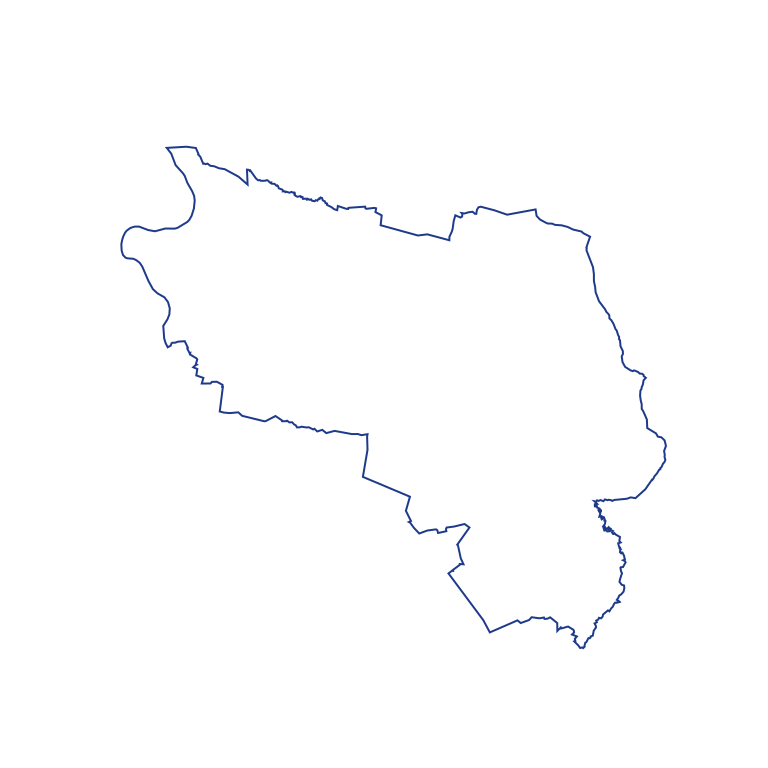 Lochem, Gelderland, Netherlands, rotated 16°
{"feature_id": "6326949B7349538907764", "entity_name": "Lochem", "entity_type": "district", "adm_level": 2, "iso_a3": "NLD", "parent_name": "Netherlands", "parent_adm1": "Gelderland", "projection": "mercator", "projection_center": [6.355, 52.172], "detail": "fine", "context": "isolated", "style": "outline", "palette": "blue", "viewbox_px": 768, "rotation_deg": 16, "n_neighbors": 0, "source": "geoboundaries", "source_scale": "gbopen_adm2", "svg_char_len": 6157}
<svg xmlns="http://www.w3.org/2000/svg" viewBox="0 0 768 768"><g transform="rotate(16 384 384)"><path d="M110.1,216.9L116.0,221.2L123.4,231.1L132.6,236.8L135.2,239.0L139.5,244.8L146.4,251.5L149.7,255.6L151.5,260.0L152.9,267.7L152.7,275.3L151.6,279.9L150.3,282.4L142.6,290.7L140.1,292.3L131.0,294.8L121.8,300.3L114.9,301.0L105.1,300.2L100.8,301.5L97.2,303.9L94.3,307.7L93.4,309.9L92.7,314.1L92.6,317.8L93.0,322.1L95.1,328.2L97.6,332.0L100.7,333.8L102.8,333.9L108.6,332.7L111.9,333.3L115.7,334.8L119.2,337.7L129.1,349.8L135.7,356.5L141.3,359.3L149.1,361.2L153.8,364.8L157.2,370.3L158.5,376.3L158.0,381.5L155.8,389.0L160.1,400.7L162.8,404.9L166.0,408.3L168.4,405.9L168.5,403.6L169.1,402.7L172.0,401.8L174.4,400.0L180.7,397.8L185.5,403.2L185.0,403.7L185.3,404.4L188.6,407.9L189.2,407.5L189.3,409.1L196.6,411.0L197.7,411.8L197.7,416.7L198.7,417.0L197.6,417.9L196.0,420.5L200.4,421.0L201.2,427.5L208.7,427.9L208.7,433.8L217.1,431.3L218.0,429.4L222.7,427.9L229.0,429.3L229.2,431.3L229.9,431.1L233.7,455.7L238.0,455.6L243.7,454.5L251.8,451.4L256.4,453.7L279.4,452.8L280.7,452.1L288.5,444.7L295.9,447.1L296.3,447.9L300.2,446.7L301.0,446.0L303.6,447.0L306.3,446.1L308.7,447.6L310.7,448.1L312.3,449.7L314.9,448.9L316.4,447.8L321.7,447.1L323.6,446.3L328.4,447.2L329.4,446.2L332.9,448.0L337.3,445.1L342.1,447.1L349.4,442.7L366.9,441.0L372.6,439.3L376.4,439.4L382.0,436.8L382.3,439.3L386.3,451.9L389.3,479.1L440.0,485.2L440.0,499.9L447.7,508.3L446.0,509.8L447.4,510.1L452.5,514.1L459.1,518.0L465.9,513.0L474.0,509.4L475.5,509.8L477.0,512.3L478.2,511.7L484.5,508.3L483.5,506.2L483.8,504.7L490.7,501.7L500.0,496.4L505.7,498.4L498.7,518.3L499.4,518.4L505.9,530.5L510.1,535.4L506.5,536.1L506.8,536.8L501.5,543.8L501.9,544.6L500.9,544.7L498.2,548.3L544.6,583.7L554.2,593.6L577.5,574.4L581.3,576.1L588.5,570.9L590.2,567.5L597.9,566.4L602.1,564.4L602.8,565.5L603.5,565.5L606.3,564.2L608.0,562.5L616.4,566.0L618.7,573.6L621.0,569.3L621.7,570.2L627.8,566.4L633.7,568.0L634.6,569.0L635.2,570.5L633.8,573.0L639.0,573.5L637.7,576.3L638.8,578.3L637.8,579.0L642.8,581.7L645.3,583.7L647.1,582.6L648.2,583.0L649.2,581.3L648.9,581.1L648.8,577.2L649.6,576.5L650.6,571.9L651.9,571.7L652.6,569.8L652.4,569.6L654.1,568.3L653.6,563.4L654.9,559.5L654.3,558.1L652.4,556.1L654.3,554.4L653.2,553.0L654.9,551.3L655.1,549.5L657.3,549.4L658.3,547.3L658.1,545.2L661.7,539.9L663.3,540.4L664.2,537.1L665.3,535.1L665.8,531.8L666.5,530.4L667.7,530.3L670.2,528.8L669.3,528.5L669.8,528.1L667.3,527.3L668.2,524.9L668.4,522.6L670.0,520.8L671.5,517.6L671.3,514.0L670.3,511.5L667.9,511.5L665.0,509.4L664.7,507.7L664.9,500.2L663.6,498.9L661.9,495.5L662.1,494.9L664.2,494.1L665.4,488.8L664.5,487.9L662.5,487.5L663.9,486.4L663.9,485.9L662.9,484.8L662.4,483.3L659.7,480.3L659.1,480.3L658.6,481.4L657.2,480.6L656.8,478.4L657.2,477.6L655.9,477.2L655.4,476.5L655.8,476.1L654.5,475.1L653.0,472.6L655.2,471.1L653.5,470.1L653.0,466.0L648.4,464.9L646.5,463.8L646.1,464.9L645.6,465.0L644.1,463.9L644.6,462.2L641.6,461.8L641.8,460.6L640.2,460.4L639.4,459.7L638.8,460.9L640.6,462.0L641.5,463.3L639.3,464.2L638.3,463.6L638.2,461.7L637.5,461.6L637.1,461.9L636.7,463.9L636.2,464.1L634.7,461.8L636.0,461.4L636.1,460.8L635.0,459.8L634.1,460.0L634.9,458.0L634.7,454.7L633.5,454.6L633.6,453.5L632.2,451.5L630.8,451.4L631.2,453.5L630.6,454.1L629.7,452.9L629.2,451.2L627.6,452.2L627.6,448.8L626.2,447.5L627.5,447.2L627.7,446.6L627.4,445.6L626.8,445.3L625.1,446.2L624.8,445.9L625.3,444.3L622.9,444.0L622.2,442.5L620.9,442.4L620.7,443.5L620.4,443.5L619.8,441.5L622.0,440.5L618.6,438.7L620.5,438.5L620.9,437.1L622.5,437.2L624.1,435.9L627.2,436.2L628.3,434.0L630.8,434.1L632.0,433.3L634.7,433.1L635.6,433.5L637.3,432.0L649.0,427.4L652.4,425.0L657.2,424.4L664.2,413.2L668.0,402.1L668.4,402.2L669.1,400.4L669.3,398.5L671.1,394.5L672.2,390.4L673.1,389.8L672.8,388.7L673.7,387.3L674.2,383.5L675.1,381.9L675.4,379.4L673.8,376.9L673.4,374.7L671.7,371.2L672.1,365.8L669.3,360.9L665.4,358.8L661.7,359.1L659.1,356.5L649.2,353.8L646.5,345.7L640.7,338.7L638.6,336.9L637.3,332.4L635.4,329.2L633.4,324.7L632.3,319.6L632.9,317.7L632.6,316.4L633.0,313.1L632.5,308.9L634.0,305.9L631.4,304.8L631.0,303.7L629.1,303.0L626.9,303.5L625.1,302.5L621.5,302.0L620.5,302.1L619.8,303.0L617.5,303.0L611.1,301.1L607.3,297.3L604.9,292.0L605.4,289.2L604.5,286.5L601.0,282.6L598.8,276.9L597.6,276.2L597.1,274.0L595.5,272.4L592.9,268.4L591.5,267.5L588.1,263.0L584.9,260.0L582.6,258.8L581.8,256.3L581.1,255.3L577.8,253.3L575.9,251.2L567.9,245.2L562.1,237.4L560.2,232.5L557.4,227.2L555.5,220.6L552.7,214.1L541.8,199.7L541.4,197.4L541.0,197.3L540.9,196.7L541.5,185.6L534.0,184.1L531.9,183.0L523.1,183.4L517.3,182.4L511.1,182.5L504.5,183.9L501.5,183.5L497.1,184.6L495.4,184.4L488.6,182.9L484.3,180.3L481.6,174.4L455.7,187.3L442.0,186.6L428.2,186.9L426.1,188.1L425.3,191.0L425.8,195.0L424.5,195.3L421.7,194.0L418.0,195.6L414.4,197.9L411.5,198.3L412.5,199.0L412.9,201.5L411.7,202.9L406.1,202.2L406.1,208.1L407.2,215.9L407.2,218.7L406.3,224.4L407.2,227.8L384.4,228.2L375.7,231.9L337.0,232.3L335.3,222.5L328.4,221.1L328.0,217.3L326.4,217.3L318.6,220.5L317.7,220.2L317.0,218.7L301.9,224.2L301.2,224.6L301.3,225.6L299.4,226.0L290.6,225.6L291.1,229.8L287.8,229.7L284.9,228.5L279.7,227.5L279.5,226.2L277.8,226.2L276.9,224.8L274.5,224.3L273.2,222.3L271.7,222.2L271.4,223.1L270.8,223.2L271.0,224.0L269.5,225.0L269.4,226.1L267.6,226.2L267.0,227.4L264.4,227.7L263.0,226.6L262.1,227.4L259.9,227.0L259.9,227.7L258.9,228.1L257.8,227.3L255.1,228.4L254.2,226.8L253.0,227.3L252.0,226.9L252.3,226.5L252.0,226.4L249.0,227.9L246.9,227.4L245.8,226.8L246.0,226.2L245.2,225.6L245.6,225.0L245.2,224.6L243.6,225.1L242.2,224.8L240.4,226.2L237.3,226.1L236.3,226.8L235.5,226.1L233.7,226.7L233.7,226.0L232.7,225.2L228.9,224.9L227.6,223.0L226.7,222.5L226.0,223.1L223.7,221.8L220.7,222.4L219.9,222.1L219.9,221.4L218.9,221.8L216.3,220.4L215.1,220.4L213.7,221.4L209.6,222.6L208.3,222.2L207.0,222.9L204.4,221.8L196.6,215.6L196.3,216.2L194.9,215.4L193.2,215.7L197.9,229.9L187.0,224.8L171.6,221.4L165.8,222.1L160.8,221.5L156.8,222.1L153.6,220.8L151.8,221.9L150.1,221.6L149.5,222.1L144.8,216.2L142.1,214.6L142.3,214.1L138.1,209.0L128.6,210.4L110.1,216.9Z" fill="none" stroke="#1e3a8a" stroke-width="2"/></g></svg>